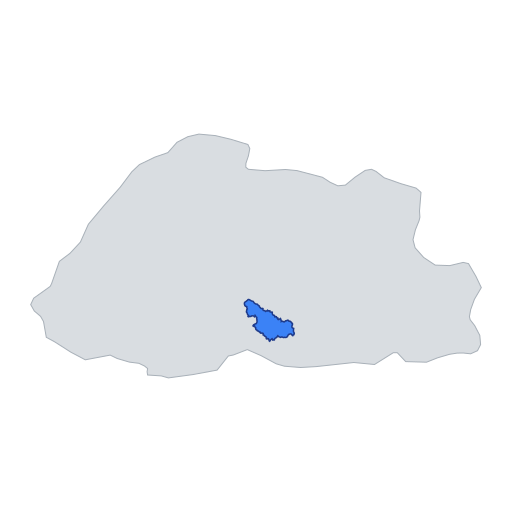 Jigmichhoeling, Geylegphug, Bhutan shown in context
{"feature_id": "84629894B47212795309211", "entity_name": "Jigmichhoeling", "entity_type": "district", "adm_level": 2, "iso_a3": "BTN", "parent_name": "Bhutan", "parent_adm1": "Geylegphug", "projection": "orthographic", "projection_center": [90.525, 27.083], "detail": "fine", "context": "in_parent", "style": "filled", "palette": "blue", "viewbox_px": 512, "rotation_deg": 0, "n_neighbors": 0, "source": "geoboundaries", "source_scale": "gbopen_adm2", "svg_char_len": 6539}
<svg xmlns="http://www.w3.org/2000/svg" viewBox="0 0 512 512"><path d="M419.9,217.2L419.1,220.6L415.4,229.8L413.0,239.7L415.1,247.8L423.7,257.5L435.2,265.1L449.8,265.6L463.2,262.4L468.5,263.6L476.0,276.5L481.3,287.6L474.4,299.3L470.7,309.5L469.4,316.7L470.2,319.8L474.7,325.6L479.8,335.4L480.6,344.6L477.5,350.7L470.6,353.8L463.2,353.0L457.1,353.1L449.5,354.3L437.6,357.8L426.5,362.2L405.7,361.6L397.3,352.7L393.3,352.7L374.5,364.5L353.8,362.5L316.2,366.6L300.5,367.5L284.4,366.2L276.2,363.8L261.0,355.6L247.3,349.6L233.3,355.0L228.3,356.0L217.1,370.1L192.7,374.6L168.4,377.9L161.3,375.9L147.6,375.0L147.1,371.7L147.6,368.5L144.5,366.0L138.9,363.3L129.4,362.1L117.2,358.5L110.2,355.1L85.3,359.8L70.9,352.2L54.6,341.8L46.3,337.3L43.5,321.5L40.6,316.4L34.3,311.0L30.7,304.6L33.7,298.2L50.2,286.4L51.6,283.6L59.4,261.3L70.0,253.3L80.4,242.1L88.4,224.2L103.7,205.9L120.3,187.1L131.8,171.8L139.4,164.6L154.9,157.1L167.9,152.6L177.0,142.3L187.8,136.7L198.9,134.1L215.4,135.6L230.9,139.3L247.9,144.5L249.8,148.6L248.4,155.9L245.9,163.4L245.8,167.2L248.4,169.3L265.1,170.7L285.5,169.5L297.0,170.6L322.5,177.3L330.0,182.2L337.8,185.8L345.4,185.1L355.0,177.2L365.2,170.4L371.5,169.3L376.0,171.4L384.2,177.8L401.0,183.7L416.1,188.1L421.0,192.4L419.5,211.0L419.9,217.2Z" fill="#d9dde1" stroke="#a8b0b8" stroke-width="1"/><path d="M244.8,305.5L245.5,306.3L246.2,306.4L246.5,306.4L246.8,306.6L246.7,307.0L246.7,307.3L247.1,308.3L247.4,308.9L247.4,309.0L247.2,309.2L246.8,309.4L246.7,310.0L246.7,310.7L246.7,310.8L246.5,311.0L246.4,311.2L246.4,311.4L246.5,311.6L246.6,311.8L246.5,312.2L246.7,312.5L247.0,312.7L247.2,313.3L247.3,313.8L247.7,314.7L247.9,314.9L248.3,315.2L248.4,315.3L248.3,315.6L248.0,316.5L248.4,316.8L248.7,316.8L249.5,316.5L249.8,316.3L250.5,316.5L250.8,316.5L251.2,316.3L251.4,316.0L251.6,315.9L252.2,315.8L253.4,315.9L253.9,316.1L254.1,316.4L254.4,316.8L254.8,316.4L255.1,316.0L255.2,315.4L255.4,315.6L255.5,316.1L255.7,316.5L255.8,316.7L256.1,316.9L256.3,317.1L256.6,317.3L256.8,317.4L256.8,317.7L256.7,318.4L256.7,318.8L256.7,319.0L256.9,319.2L257.0,319.5L256.9,319.9L257.0,320.3L256.9,320.7L257.1,321.2L257.1,321.4L257.0,321.8L256.9,322.4L256.8,322.5L256.5,323.1L256.3,323.6L255.1,323.9L254.8,324.2L254.7,324.4L254.2,324.5L253.8,324.7L253.8,324.8L253.7,325.0L253.8,325.1L253.5,325.1L253.4,325.4L253.1,325.5L253.2,326.1L253.5,326.1L253.9,326.4L254.3,326.7L255.2,327.1L255.3,327.2L255.8,327.9L255.8,328.0L255.6,328.4L255.7,329.0L255.9,329.3L256.0,329.6L256.3,329.7L256.6,330.0L256.9,330.0L257.0,330.1L257.1,330.5L257.4,330.9L257.6,330.9L257.8,330.8L258.1,331.0L258.4,331.1L258.6,331.3L258.8,331.6L259.1,331.6L259.4,331.8L259.6,332.1L259.8,332.3L260.1,332.1L260.3,332.3L260.2,332.6L260.3,332.9L260.7,333.2L261.0,333.2L261.3,333.1L261.9,333.1L262.4,333.1L263.0,333.3L263.2,333.5L263.0,333.9L263.0,334.0L263.2,334.5L263.2,334.9L263.3,334.9L263.5,335.0L263.6,334.9L263.8,335.0L264.0,335.5L264.3,335.5L264.5,335.6L264.6,335.9L264.8,336.0L264.9,336.3L265.5,336.6L265.8,336.7L266.0,336.8L266.2,337.4L266.2,338.0L266.3,338.7L266.4,338.8L266.5,338.9L267.1,338.9L267.3,338.5L267.5,338.5L267.8,338.6L268.4,338.7L268.4,338.8L268.5,339.2L268.6,339.3L268.8,339.5L269.0,340.0L269.1,340.7L269.3,341.0L269.6,341.2L269.7,340.9L269.9,340.8L270.2,340.7L270.3,340.5L270.4,340.0L270.5,339.9L270.8,339.7L271.3,339.4L271.4,339.2L271.5,339.1L271.8,339.0L271.9,338.9L272.1,338.7L272.6,339.3L272.6,339.6L272.7,340.0L273.0,339.9L273.3,339.9L273.6,339.8L273.9,340.0L274.0,339.8L274.3,339.8L274.4,339.5L274.5,339.5L274.6,338.9L274.8,338.6L275.3,338.1L275.6,338.0L275.8,338.0L276.0,337.9L276.2,337.6L276.4,337.4L276.5,337.2L276.9,337.1L277.3,336.8L277.4,336.5L277.6,335.9L277.8,335.7L278.5,336.5L278.8,336.7L280.0,337.1L280.3,337.4L280.7,337.3L281.4,337.1L281.8,336.9L282.7,337.2L283.0,337.4L283.2,337.5L284.1,337.5L284.5,337.3L284.8,337.3L285.1,337.4L285.9,337.5L286.4,337.3L286.8,337.0L287.0,337.0L287.4,336.6L287.5,336.4L287.5,336.2L287.8,335.8L287.9,335.3L288.4,334.9L288.7,334.7L289.0,334.2L289.4,334.2L290.0,334.0L290.7,333.8L290.9,333.8L291.1,334.0L291.4,334.3L291.7,334.5L291.8,334.6L292.0,335.1L292.2,335.3L292.4,335.5L292.8,335.7L293.0,335.4L293.0,335.2L293.4,334.9L293.5,334.7L294.0,334.6L294.0,334.4L293.8,334.2L294.2,333.6L294.3,333.4L294.2,332.9L293.9,332.5L293.6,331.7L293.4,331.1L293.5,330.4L293.5,329.9L293.5,329.7L293.7,328.4L293.1,328.2L292.6,328.0L292.1,327.6L292.0,327.2L291.9,326.7L291.9,326.3L292.0,326.0L292.0,325.8L292.0,325.6L292.3,325.2L292.5,324.8L292.4,324.6L292.3,324.4L292.3,324.2L292.5,323.9L292.5,323.7L292.3,323.4L291.9,323.2L291.9,322.9L291.5,322.7L291.3,322.5L291.3,322.2L291.2,322.1L290.8,321.8L290.6,321.6L290.3,321.4L289.9,321.1L289.3,321.3L289.0,321.1L288.8,321.1L288.7,321.0L288.6,320.8L288.3,320.4L288.1,320.3L287.9,320.1L287.6,320.2L287.3,320.4L286.7,320.5L286.3,320.8L285.5,320.8L285.2,321.2L285.0,321.4L284.8,321.5L284.6,321.7L284.1,321.9L283.8,321.7L283.4,321.7L283.2,321.7L283.0,321.4L282.6,321.2L282.3,321.3L282.0,321.2L281.7,321.3L281.3,321.5L281.4,320.9L281.3,320.7L281.2,320.6L280.9,320.0L280.9,319.2L280.7,319.1L280.4,319.2L280.2,318.8L280.2,318.7L279.6,319.1L279.2,319.2L279.0,319.4L278.6,319.5L278.4,319.6L278.2,319.6L278.0,319.4L277.9,319.0L277.7,318.9L277.5,318.6L277.7,318.3L277.9,318.1L277.6,317.9L277.0,317.7L276.9,317.7L276.7,317.3L276.3,317.1L276.3,316.8L276.3,316.7L275.8,316.6L275.4,316.6L274.8,316.8L274.7,316.2L274.6,315.8L274.5,315.6L274.0,315.2L273.4,315.3L272.9,314.7L272.6,314.5L272.3,313.7L272.3,313.2L272.3,312.2L272.1,312.2L271.9,312.1L271.4,312.2L271.0,312.0L270.2,312.0L269.9,311.6L269.7,311.3L269.7,311.1L269.8,310.9L268.9,310.7L268.1,311.0L267.7,310.4L267.5,310.2L267.4,310.3L267.3,310.6L267.1,310.9L266.7,310.9L266.2,311.0L265.9,311.2L265.7,311.4L265.5,311.2L264.8,310.8L264.7,310.6L264.3,310.7L264.1,310.6L263.3,310.4L262.9,309.6L262.9,309.4L263.0,308.8L263.0,308.6L262.7,308.4L262.4,308.4L261.9,308.5L261.7,308.5L261.1,308.5L260.4,307.9L260.3,307.6L259.8,307.2L259.6,307.0L259.4,306.6L259.4,306.1L259.0,305.7L258.7,305.6L258.3,305.4L258.1,305.1L257.8,304.7L257.3,304.2L257.1,304.1L256.8,304.2L256.2,304.0L255.9,304.0L255.4,303.8L254.7,303.3L254.3,303.0L254.0,302.6L253.7,302.2L253.5,301.9L253.4,301.7L253.0,301.3L252.4,301.2L251.6,301.0L251.4,300.9L251.0,300.7L250.5,300.3L250.0,300.1L249.8,299.9L249.4,299.8L249.2,299.6L248.7,299.5L248.3,299.5L248.2,299.5L247.8,299.8L247.6,300.2L247.5,300.3L247.2,300.5L246.6,300.9L246.4,301.2L245.9,301.5L245.1,302.0L244.6,302.5L244.4,303.1L244.4,303.7L244.4,304.2L244.9,305.2L244.8,305.5Z" fill="#3b82f6" stroke="#1e3a8a" stroke-width="1.5"/></svg>